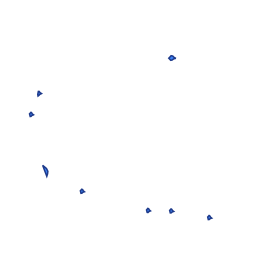 the border of Alifu Dhaalu, rotated 101°
{"feature_id": "MDV-5232", "entity_name": "Alifu Dhaalu", "entity_type": "Atoll", "adm_level": 1, "iso_a3": "MDV", "parent_name": "Maldives", "parent_adm1": "", "projection": "orthographic", "projection_center": [72.869, 3.67], "detail": "fine", "context": "isolated", "style": "filled", "palette": "blue", "viewbox_px": 256, "rotation_deg": 101, "n_neighbors": 0, "source": "natural_earth", "source_scale": "10m", "svg_char_len": 1076}
<svg xmlns="http://www.w3.org/2000/svg" viewBox="0 0 256 256"><g transform="rotate(101 128 128)"><path d="M190.9,198.5L181.0,204.6L180.9,204.7L183.3,200.3L185.8,198.4L188.4,198.2L190.9,198.5ZM50.5,94.2L50.5,94.3L51.4,96.3L52.9,97.7L53.4,99.0L51.7,101.3L50.5,100.5L48.8,99.5L48.8,97.8L49.9,96.2L50.5,94.2ZM205.1,90.1L206.0,91.4L207.2,92.3L207.2,93.1L204.9,94.2L203.1,93.2L203.3,92.3L204.4,91.4L205.1,90.1ZM198.9,158.6L199.6,159.9L200.4,160.5L200.8,160.8L201.1,161.7L198.7,162.8L196.9,161.7L197.1,160.8L198.2,159.9L198.9,158.6ZM200.5,28.6L201.2,29.9L201.7,30.3L202.4,30.9L202.6,31.7L200.2,32.8L198.4,31.7L198.7,30.9L199.8,29.9L200.5,28.6ZM201.2,67.2L202.0,68.6L202.9,69.2L203.1,69.5L203.3,70.3L200.9,71.4L200.7,71.2L199.2,70.3L199.5,69.5L200.5,68.6L201.2,67.2ZM133.1,223.2L133.2,223.3L133.9,224.6L135.1,225.4L135.4,226.2L132.9,227.4L131.1,226.2L131.5,225.4L132.5,224.6L133.1,223.2ZM110.7,219.4L110.8,219.5L111.3,220.3L111.6,220.8L113.0,221.7L113.8,222.4L112.3,223.0L109.2,223.0L109.0,222.3L110.1,221.0L110.7,219.4Z" fill="#3b82f6" stroke="#1e3a8a" stroke-width="1.5"/></g></svg>